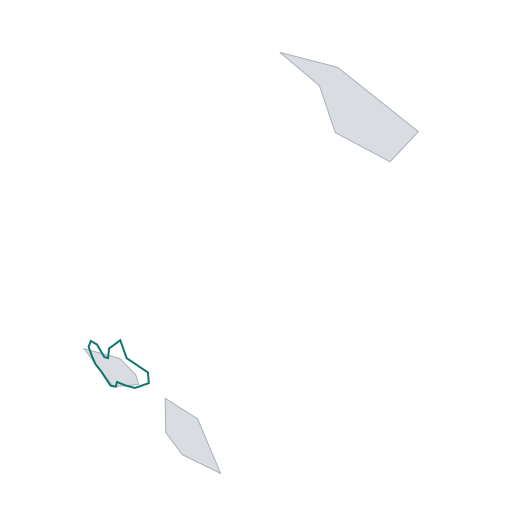 Saint John highlighted on a map of United States Virgin Islands, rotated 220°
{"feature_id": "VIR-4869", "entity_name": "Saint John", "entity_type": "state/province", "adm_level": 1, "iso_a3": "VIR", "parent_name": "United States Virgin Islands", "parent_adm1": "", "projection": "robinson", "projection_center": [-64.723, 18.338], "detail": "fine", "context": "in_parent", "style": "outline", "palette": "teal", "viewbox_px": 512, "rotation_deg": 220, "n_neighbors": 0, "source": "natural_earth", "source_scale": "10m", "svg_char_len": 656}
<svg xmlns="http://www.w3.org/2000/svg" viewBox="0 0 512 512"><g transform="rotate(220 256 256)"><path d="M274.5,401.5L317.1,427.3L368.6,427.3L314.8,453.0L211.6,455.6L213.9,414.4L274.5,401.5ZM234.1,88.6L196.0,93.7L143.4,66.7L184.8,56.4L211.7,62.8L234.1,88.6ZM328.2,74.4L294.6,89.9L271.9,87.7L263.3,82.2L281.2,64.1L328.2,74.4Z" fill="#d9dde1" stroke="#a8b0b8" stroke-width="1"/><path d="M307.3,81.1L303.7,82.7L309.1,90.7L305.8,104.2L289.4,94.6L263.9,97.3L256.4,89.7L263.9,77.1L272.4,73.1L281.5,70.1L279.4,65.8L284.0,63.2L300.9,68.2L309.1,69.8L316.7,73.5L325.8,78.8L327.9,84.7L321.0,86.0L307.3,81.1Z" fill="none" stroke="#0f766e" stroke-width="2"/></g></svg>